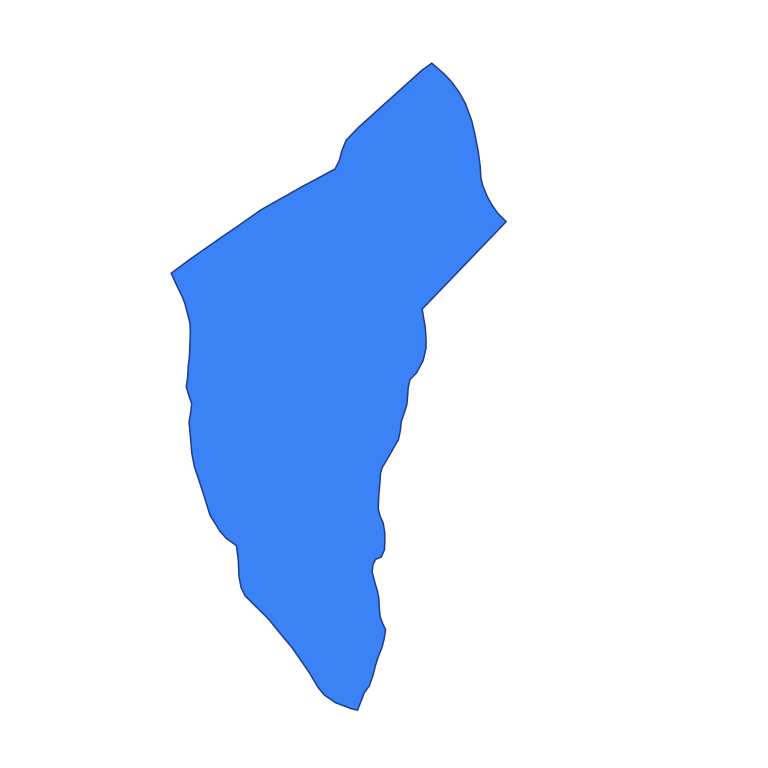 the district of Vera Cruz, Bahia, Brazil, rotated 318°
{"feature_id": "56859067B29600247267043", "entity_name": "Vera Cruz", "entity_type": "district", "adm_level": 2, "iso_a3": "BRA", "parent_name": "Brazil", "parent_adm1": "Bahia", "projection": "orthographic", "projection_center": [-38.708, -13.031], "detail": "fine", "context": "isolated", "style": "filled", "palette": "blue", "viewbox_px": 768, "rotation_deg": 318, "n_neighbors": 0, "source": "geoboundaries", "source_scale": "gbopen_adm2", "svg_char_len": 1635}
<svg xmlns="http://www.w3.org/2000/svg" viewBox="0 0 768 768"><g transform="rotate(318 384 384)"><path d="M300.0,159.3L296.8,169.1L292.5,184.0L290.0,190.7L284.9,200.6L280.3,209.2L274.5,216.2L263.2,227.8L256.7,234.4L249.9,240.3L243.2,247.0L235.1,253.9L230.9,262.9L227.8,270.1L220.8,276.2L213.4,282.1L208.3,289.1L194.8,306.9L187.6,318.9L183.9,327.5L176.3,344.8L166.8,365.3L164.8,377.2L163.5,383.5L163.5,393.4L166.2,405.4L157.7,417.6L147.1,430.5L141.5,439.8L139.0,448.7L140.3,470.4L140.9,481.5L139.7,505.1L139.3,517.7L135.5,547.6L131.9,565.6L131.6,575.7L134.8,588.6L142.3,603.2L146.1,608.7L163.0,600.1L171.0,598.5L180.9,593.1L189.1,587.6L198.2,582.3L205.4,578.9L212.9,574.0L220.7,567.7L222.9,560.7L225.4,554.4L230.7,547.2L236.7,539.9L240.3,533.9L244.8,524.6L249.3,516.0L254.6,511.0L260.4,508.7L266.2,510.7L273.3,507.6L280.6,500.2L285.5,494.4L290.4,486.7L292.7,479.5L296.2,472.9L301.0,468.0L305.3,463.6L312.0,457.3L316.8,452.8L321.7,448.0L326.9,444.8L332.7,443.1L340.7,440.5L350.0,437.4L357.4,435.1L365.2,429.4L371.6,423.6L379.4,419.2L387.2,414.6L393.7,408.6L399.4,403.0L406.2,398.1L415.9,397.4L428.7,392.8L439.2,385.5L445.0,379.1L448.7,374.4L452.6,369.5L456.9,362.6L462.5,353.9L583.4,345.1L582.8,333.6L583.8,324.3L586.0,314.3L590.1,302.7L594.0,295.5L600.8,287.1L609.5,274.5L619.2,258.3L625.4,247.0L632.3,229.6L635.1,217.3L636.4,204.3L636.1,193.4L634.2,177.5L621.5,176.2L537.0,176.2L519.0,177.5L508.9,182.4L500.2,188.1L491.6,191.4L475.0,187.4L467.9,185.7L457.3,183.0L444.3,180.0L438.0,178.8L429.4,176.7L422.1,175.1L408.8,172.2L383.0,169.1L361.6,166.2L322.6,161.4L300.0,159.3Z" fill="#3b82f6" stroke="#1e3a8a" stroke-width="1.5"/></g></svg>